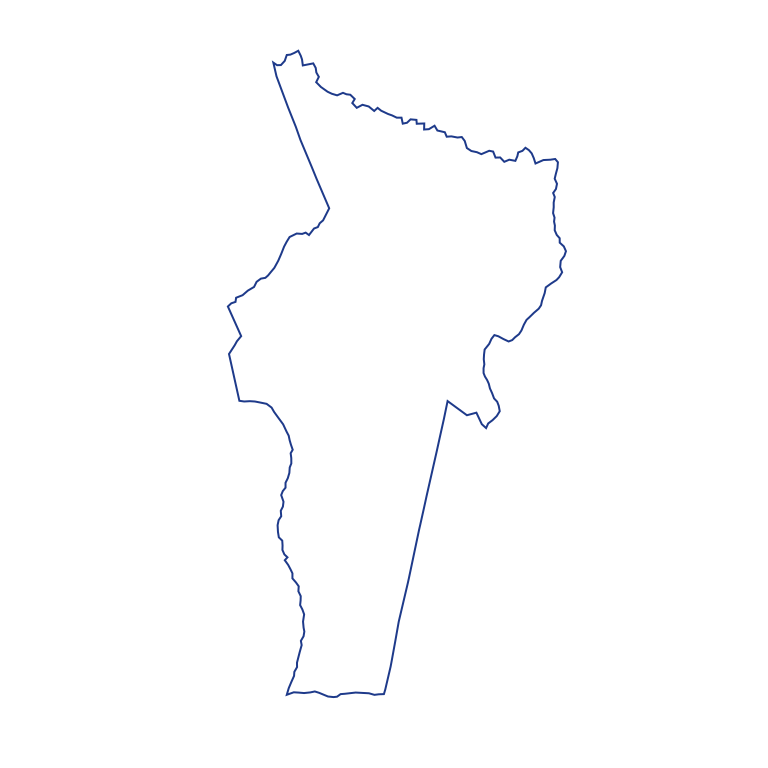 outline of Cruzeiro do Oeste, Paraná, Brazil, rotated 187°
{"feature_id": "56859067B81511721840887", "entity_name": "Cruzeiro do Oeste", "entity_type": "district", "adm_level": 2, "iso_a3": "BRA", "parent_name": "Brazil", "parent_adm1": "Paraná", "projection": "mercator", "projection_center": [-53.086, -23.735], "detail": "fine", "context": "isolated", "style": "outline", "palette": "blue", "viewbox_px": 768, "rotation_deg": 187, "n_neighbors": 0, "source": "geoboundaries", "source_scale": "gbopen_adm2", "svg_char_len": 3524}
<svg xmlns="http://www.w3.org/2000/svg" viewBox="0 0 768 768"><g transform="rotate(187 384 384)"><path d="M541.3,451.6L541.4,447.4L545.4,445.5L548.4,441.9L531.6,414.1L535.2,408.5L536.9,404.3L541.5,394.9L525.5,349.7L520.6,349.6L515.1,350.6L510.0,350.9L504.3,350.5L498.1,350.0L492.7,346.9L489.7,342.9L484.3,337.1L479.2,331.7L475.0,325.0L472.3,321.1L470.8,316.7L469.0,312.5L466.6,307.6L468.2,303.9L467.0,299.2L466.3,293.8L467.4,289.7L467.1,284.2L468.0,278.8L469.7,274.0L469.1,269.1L471.4,265.4L472.5,261.2L469.4,254.9L469.4,250.0L471.0,245.6L469.9,240.2L472.0,236.0L472.4,230.9L471.2,224.2L469.7,219.0L465.9,216.1L465.0,211.3L464.6,206.9L462.1,202.7L458.7,200.2L461.0,197.0L457.1,192.8L454.3,188.8L451.8,184.9L451.2,179.9L447.2,176.3L444.0,172.8L443.7,167.8L440.8,163.3L440.4,159.1L440.3,154.3L437.5,150.2L435.2,145.6L435.4,138.3L434.1,132.3L432.9,128.6L433.1,123.8L435.2,118.9L433.9,114.8L435.0,107.6L435.8,101.4L436.4,96.8L435.8,92.4L437.9,87.4L437.7,83.3L439.7,76.8L441.5,70.4L442.6,63.7L436.0,67.0L431.2,67.3L425.7,67.5L419.6,68.9L415.2,70.4L410.9,69.6L401.5,67.0L395.9,67.1L392.5,67.9L389.3,70.9L384.9,71.8L378.7,73.3L374.5,74.3L370.0,74.6L361.3,75.2L355.6,74.3L351.3,75.4L346.3,76.2L345.5,81.0L343.0,104.3L342.7,108.8L341.5,129.4L340.4,150.0L336.1,189.3L335.6,194.5L332.9,226.2L331.4,243.7L330.9,248.5L329.3,264.9L328.6,272.3L328.0,278.8L323.4,324.2L322.1,338.0L320.3,356.5L318.8,374.8L297.9,363.1L288.8,366.8L282.0,356.0L277.3,352.7L275.8,357.5L271.8,361.4L268.2,365.9L265.8,371.1L267.5,376.4L269.5,380.2L273.0,383.1L275.6,388.1L278.3,392.5L280.0,397.0L282.2,400.6L284.7,403.7L286.5,407.0L287.1,411.8L286.8,415.7L288.0,420.8L288.3,425.5L288.3,430.5L284.5,436.6L282.8,442.0L280.4,446.0L276.3,445.3L271.0,443.2L265.5,441.4L262.1,443.2L259.6,446.4L256.1,449.9L254.1,453.9L252.4,459.9L250.3,465.1L247.8,468.0L243.8,473.0L239.6,477.6L237.7,481.3L237.3,485.7L236.4,490.0L235.6,493.8L235.2,499.6L230.4,504.1L225.5,508.2L223.2,511.3L220.8,516.6L223.4,521.5L223.6,527.8L220.6,533.1L219.6,538.0L222.3,542.5L226.8,545.7L227.4,550.1L230.7,553.0L233.3,557.4L233.7,562.1L235.0,565.9L235.0,569.9L237.0,574.2L237.1,580.2L237.7,584.8L237.3,590.4L239.4,594.2L237.1,598.5L236.7,603.8L239.6,608.6L239.0,613.8L238.2,619.4L238.4,625.3L241.5,628.2L246.2,626.9L253.1,625.7L260.5,621.3L262.9,626.5L265.5,630.9L268.7,633.8L272.4,635.7L275.0,632.3L279.0,630.2L279.4,626.3L280.8,621.5L287.0,621.9L291.7,619.2L296.3,623.0L300.9,622.3L304.0,628.0L308.0,628.3L315.4,624.0L320.0,625.4L325.7,625.9L330.5,628.3L333.5,635.1L336.9,638.6L341.1,637.6L347.3,638.0L351.9,637.1L354.3,641.3L361.9,642.1L365.3,646.5L370.5,642.4L375.2,641.5L375.8,647.5L383.2,646.3L384.0,650.1L389.9,649.9L393.0,646.1L397.1,644.7L399.1,650.5L403.8,649.9L408.8,651.6L412.9,652.5L420.1,654.9L424.0,657.3L427.0,653.8L433.0,657.6L439.4,658.5L444.7,654.8L449.7,659.0L447.8,663.3L452.7,667.0L456.6,667.0L460.2,668.0L465.7,664.8L471.1,665.7L475.6,667.2L482.8,671.1L488.1,675.3L486.1,680.9L489.1,684.9L490.3,689.4L493.3,693.6L503.4,690.3L504.9,696.1L506.6,699.6L509.7,704.3L513.5,701.6L517.1,699.5L520.6,698.7L521.9,692.6L525.2,688.0L529.0,687.4L533.0,689.5L528.2,676.3L512.9,646.8L502.8,628.4L496.7,616.1L482.0,590.3L475.8,579.2L459.8,551.7L461.9,545.9L464.4,539.0L467.4,535.7L468.8,531.7L472.4,529.8L476.6,522.7L480.2,524.7L483.5,523.0L489.0,522.7L495.6,518.4L497.9,513.4L499.9,508.2L501.9,500.5L504.0,493.4L507.0,485.9L510.1,481.1L512.3,477.6L514.7,474.9L519.0,473.6L522.9,469.9L524.8,464.5L530.5,460.1L535.2,454.9L541.3,451.6Z" fill="none" stroke="#1e3a8a" stroke-width="2"/></g></svg>